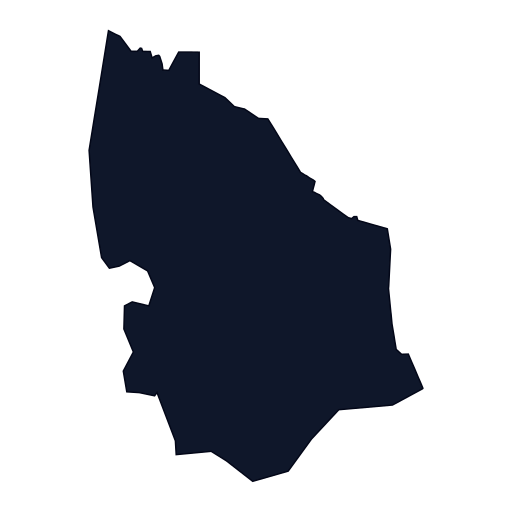 outline of Al Khiwai, North Kordufan, Sudan
{"feature_id": "16777658B22793638103757", "entity_name": "Al Khiwai", "entity_type": "district", "adm_level": 2, "iso_a3": "SDN", "parent_name": "Sudan", "parent_adm1": "North Kordufan", "projection": "equal_earth", "projection_center": [29.102, 13.339], "detail": "fine", "context": "isolated", "style": "filled", "palette": "ink", "viewbox_px": 512, "rotation_deg": 0, "n_neighbors": 0, "source": "geoboundaries", "source_scale": "gbopen_adm2", "svg_char_len": 1809}
<svg xmlns="http://www.w3.org/2000/svg" viewBox="0 0 512 512"><path d="M422.6,388.7L422.9,388.3L422.8,388.0L420.8,383.2L418.3,377.5L418.0,376.8L414.6,368.7L411.4,361.4L408.3,354.1L408.2,354.1L401.6,354.3L399.4,352.3L396.1,349.3L396.0,348.2L394.7,340.4L394.0,335.9L392.7,328.2L392.0,324.0L391.2,315.5L391.0,313.5L390.8,312.0L389.4,297.8L388.5,288.6L388.5,288.4L388.7,286.2L390.0,260.7L390.2,256.8L390.6,249.5L390.6,249.1L387.3,228.8L369.3,223.7L357.8,220.4L356.7,216.6L354.0,216.6L351.6,218.6L348.1,217.6L347.9,217.4L342.5,213.6L339.1,211.1L332.0,205.9L330.7,205.0L324.8,200.6L323.6,199.7L323.2,198.5L321.4,196.4L319.6,194.9L316.7,193.6L316.4,193.5L314.4,192.3L312.4,191.7L313.3,188.0L314.1,185.1L315.0,181.4L313.4,180.1L313.1,179.9L309.3,177.8L307.7,176.6L306.4,175.7L304.7,175.0L303.0,173.8L301.3,172.8L300.6,172.5L298.8,169.5L297.3,167.0L295.5,164.1L291.1,157.0L288.2,152.1L284.9,146.7L284.2,145.6L281.7,141.6L273.7,128.3L267.8,118.9L267.6,118.9L258.5,118.4L255.5,116.4L244.5,109.0L242.9,108.7L234.3,106.6L224.9,97.6L222.6,96.4L222.0,96.1L221.2,95.7L199.2,84.0L199.2,73.9L199.2,64.7L199.2,53.5L199.2,52.9L199.2,52.2L191.2,52.1L178.7,52.1L173.9,60.9L168.8,70.4L162.9,70.0L162.6,67.7L162.1,63.9L159.7,56.4L158.7,55.3L155.8,55.8L152.1,57.9L150.2,51.5L142.7,51.4L141.6,48.4L140.2,48.1L137.3,51.3L135.2,51.3L131.1,51.3L120.0,36.4L118.0,35.4L115.9,34.5L111.4,32.2L108.5,30.7L108.3,31.8L99.2,88.2L94.6,116.3L89.1,150.3L93.0,207.1L101.6,257.6L109.4,268.2L119.2,266.1L129.9,260.6L147.6,270.9L154.7,287.6L148.8,305.9L132.2,301.9L124.5,305.9L123.9,329.0L133.4,352.0L123.3,371.1L126.8,391.8L139.3,392.6L154.6,395.8L157.0,392.5L175.4,440.8L176.2,454.6L211.2,451.3L226.4,460.8L252.7,481.3L288.2,471.1L311.5,439.0L338.8,409.7L392.5,405.0L422.3,388.9L422.6,388.7Z" fill="#0f172a" stroke="#020617" stroke-width="1.5"/></svg>